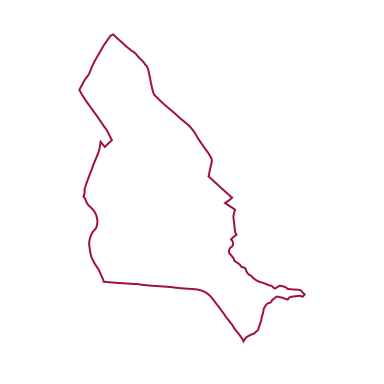 outline of San Juan Huactzinco, Tlaxcala, Mexico, rotated 107°
{"feature_id": "50627088B94791991588668", "entity_name": "San Juan Huactzinco", "entity_type": "district", "adm_level": 2, "iso_a3": "MEX", "parent_name": "Mexico", "parent_adm1": "Tlaxcala", "projection": "albers", "projection_center": [-98.251, 19.238], "detail": "fine", "context": "isolated", "style": "outline", "palette": "rose", "viewbox_px": 384, "rotation_deg": 107, "n_neighbors": 0, "source": "geoboundaries", "source_scale": "gbopen_adm2", "svg_char_len": 4251}
<svg xmlns="http://www.w3.org/2000/svg" viewBox="0 0 384 384"><g transform="rotate(107 192 192)"><path d="M254.4,61.6L255.0,64.3L255.7,67.0L256.2,69.4L256.7,72.2L255.7,74.6L255.6,78.2L256.1,80.7L256.9,81.7L259.1,83.5L259.7,84.0L260.0,84.8L259.7,86.0L259.0,87.3L258.5,88.4L258.5,89.4L258.8,91.4L258.3,94.2L258.1,98.1L258.2,100.4L258.1,102.1L257.8,103.9L257.5,105.2L256.9,106.9L256.3,108.7L255.5,109.6L254.7,111.4L254.5,112.2L254.5,113.3L254.0,114.1L252.7,116.1L249.9,118.3L249.1,119.4L249.0,120.5L249.3,121.7L249.1,122.6L248.9,123.2L247.4,125.1L247.1,126.0L246.5,127.8L246.1,129.4L245.4,131.0L244.7,131.9L243.3,132.9L242.6,133.8L242.0,134.8L241.8,135.0L240.5,137.0L239.6,138.4L239.1,138.9L238.5,139.2L237.7,139.4L236.1,139.5L235.1,139.4L234.3,139.1L233.5,138.6L232.7,137.9L232.3,137.6L231.7,137.5L230.8,137.5L229.5,137.7L228.2,138.2L227.4,138.7L226.9,139.2L226.5,139.8L226.0,140.8L224.2,140.0L219.9,137.0L217.6,139.1L203.1,145.4L201.1,145.5L196.3,145.7L192.9,157.1L188.6,153.7L185.7,152.0L182.8,158.5L172.2,180.8L171.2,180.7L168.2,181.1L166.0,181.3L164.6,181.4L159.1,181.8L157.2,181.9L154.6,182.9L152.4,185.1L150.9,186.8L150.1,187.5L149.0,189.1L146.9,192.0L143.6,196.2L138.8,202.1L136.6,204.6L134.3,206.9L132.6,209.2L130.5,212.5L129.5,214.1L128.3,216.8L127.6,218.5L126.2,221.9L124.7,225.5L123.2,228.4L121.5,232.2L120.3,235.0L118.2,240.0L116.2,244.5L114.5,248.1L110.1,256.5L108.0,258.3L103.2,261.2L99.1,263.5L94.0,266.1L89.9,268.5L87.4,269.8L86.0,271.1L84.8,272.1L83.9,273.9L82.4,275.7L81.0,278.0L80.0,280.0L78.6,282.7L77.3,284.7L76.2,286.3L75.3,288.4L74.4,291.5L72.0,297.5L69.7,302.1L68.0,305.9L66.4,309.5L64.3,313.4L66.5,315.7L77.4,319.2L90.3,322.2L95.0,323.3L101.3,324.3L109.5,325.0L115.9,327.3L127.2,329.6L127.4,329.5L131.6,325.1L133.6,322.7L135.2,320.8L135.7,320.2L141.6,312.4L146.6,305.8L150.0,301.5L155.4,294.8L156.0,293.8L157.6,291.9L158.5,290.8L161.5,288.0L165.8,283.8L166.1,284.0L174.4,288.6L170.9,293.7L170.6,294.1L171.1,294.1L172.7,293.8L175.5,293.4L178.3,293.1L181.0,293.0L183.3,293.2L188.3,293.6L192.2,294.1L196.6,294.3L197.0,294.4L200.4,294.5L202.5,294.7L206.4,295.0L213.1,295.4L215.7,295.5L216.7,295.5L218.3,295.5L220.7,295.5L221.5,295.4L224.2,294.4L224.8,294.3L225.4,294.5L225.8,294.5L226.3,294.3L227.1,294.2L228.1,294.5L229.2,292.8L230.4,291.6L232.4,290.1L233.7,288.7L234.6,287.7L235.5,286.2L235.9,285.2L236.1,284.7L238.2,281.0L239.5,279.3L242.0,276.9L244.7,275.3L246.9,274.1L249.6,273.4L251.5,273.2L253.3,273.1L254.2,273.2L255.6,273.6L256.8,274.1L257.9,274.6L259.1,275.2L261.8,275.8L264.8,276.0L267.3,276.0L270.0,275.6L271.5,275.3L275.1,273.7L277.2,272.7L278.9,271.9L280.6,271.0L283.9,269.0L289.3,263.8L293.3,258.8L297.7,254.9L299.1,253.7L300.3,252.6L302.2,251.0L303.6,250.3L303.5,249.6L303.3,248.6L303.1,248.0L302.8,246.2L302.3,243.7L301.4,239.8L300.6,236.0L300.0,233.6L298.5,227.4L297.2,221.8L296.8,219.7L296.1,218.0L295.9,216.8L295.8,216.0L295.7,215.1L295.7,214.7L295.5,213.8L295.4,213.0L295.4,212.6L294.7,209.5L293.6,203.9L292.7,200.0L290.8,192.0L290.0,188.7L289.8,187.2L289.2,184.9L288.9,183.2L288.5,180.8L287.9,177.8L286.9,172.7L284.8,163.9L284.6,162.9L284.0,160.2L283.7,158.6L283.6,156.4L283.5,156.1L283.5,154.1L283.5,153.0L283.6,152.2L284.0,150.3L284.2,149.4L284.3,148.7L284.6,147.9L284.9,147.1L285.4,145.8L286.1,144.3L286.5,143.5L288.2,141.0L289.1,139.8L291.9,135.8L294.2,132.6L300.0,124.8L301.2,123.5L301.9,122.5L304.4,118.8L305.6,117.2L306.6,115.7L307.5,114.5L308.1,113.8L308.7,113.1L309.4,112.4L310.5,111.0L311.4,109.7L312.2,108.8L313.2,107.1L314.0,105.7L315.4,103.9L316.1,103.1L317.4,101.4L318.5,100.2L319.7,99.1L316.9,98.3L316.4,98.2L315.6,97.9L314.8,97.3L314.2,96.9L311.8,94.5L310.6,93.2L310.2,92.2L309.5,91.5L308.6,90.9L306.5,89.7L305.4,88.9L304.6,88.5L304.0,88.4L303.4,88.4L300.9,88.5L296.5,88.3L294.1,88.3L291.8,88.7L290.2,88.7L287.0,88.7L283.1,89.2L281.9,89.1L278.2,88.2L277.4,87.7L276.7,87.2L276.0,86.5L275.5,85.7L275.1,85.0L274.5,84.6L273.7,84.1L272.8,83.9L271.7,83.7L270.2,82.5L267.9,81.0L267.3,80.3L267.0,79.6L266.9,77.5L266.7,75.2L266.7,73.6L267.0,69.4L266.7,68.9L265.8,68.7L265.3,68.5L264.5,68.2L263.8,67.3L262.0,64.0L261.3,62.1L260.5,60.6L259.6,57.6L259.8,56.6L260.0,55.9L259.8,55.6L257.8,54.6L256.9,54.4L256.2,56.2L254.8,58.1L254.2,59.4L254.4,61.6Z" fill="none" stroke="#9f1239" stroke-width="2"/></g></svg>